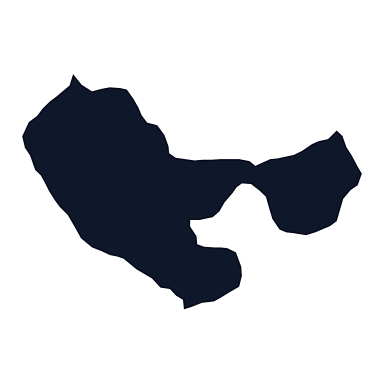 outline of Agia Trias, Cyprus
{"feature_id": "46923920B13972666362047", "entity_name": "Agia Trias", "entity_type": "district", "adm_level": 2, "iso_a3": "CYP", "parent_name": "Cyprus", "parent_adm1": "", "projection": "equal_earth", "projection_center": [34.248, 35.534], "detail": "fine", "context": "isolated", "style": "filled", "palette": "ink", "viewbox_px": 384, "rotation_deg": 0, "n_neighbors": 0, "source": "geoboundaries", "source_scale": "gbopen_adm2", "svg_char_len": 1438}
<svg xmlns="http://www.w3.org/2000/svg" viewBox="0 0 384 384"><path d="M77.0,80.2L73.4,75.7L70.2,86.0L61.9,92.9L56.2,97.7L50.5,101.9L43.4,108.8L37.7,116.4L29.4,122.6L23.0,136.4L25.6,147.4L30.7,155.0L35.8,169.5L41.5,175.0L46.0,183.3L49.8,190.9L55.5,199.9L60.0,206.1L68.3,214.4L74.7,225.4L81.7,237.9L92.5,246.8L101.4,250.3L110.4,254.4L117.4,255.8L123.8,257.9L137.2,268.9L152.5,277.9L160.8,286.9L170.3,288.3L176.7,295.2L183.7,299.3L184.6,308.3L191.4,306.2L201.6,302.1L213.7,300.7L220.1,297.2L229.0,291.7L238.5,286.2L241.1,275.8L240.5,266.9L235.4,253.0L227.1,248.9L220.7,248.2L214.3,248.2L204.1,247.5L196.5,244.8L195.8,236.5L189.4,226.8L189.4,219.2L199.6,219.2L206.0,217.8L212.4,216.5L218.8,210.9L223.9,202.0L232.2,192.3L236.0,186.8L241.7,182.6L251.3,183.3L260.2,190.2L266.6,196.4L269.1,205.4L273.0,218.5L280.0,228.9L286.4,231.6L292.7,232.3L306.1,234.4L315.1,231.6L321.4,228.9L329.7,225.4L336.1,220.6L339.3,209.6L342.5,198.5L350.1,189.5L357.1,184.7L361.0,173.7L356.5,166.1L351.4,156.4L345.7,147.4L341.8,136.4L336.7,131.6L328.4,139.8L318.9,141.9L312.5,144.7L302.3,151.6L294.0,155.7L277.4,159.2L270.4,159.9L255.1,166.8L249.4,161.9L239.2,159.9L232.8,159.9L220.1,159.9L211.1,160.5L202.8,160.5L194.5,161.2L175.4,158.5L168.4,153.6L167.8,146.7L163.9,135.7L156.9,126.0L146.7,123.3L141.0,115.7L137.8,108.1L132.7,99.1L126.3,90.2L120.0,88.8L109.8,88.1L102.1,89.5L91.9,92.2L81.1,85.3L77.0,80.2Z" fill="#0f172a" stroke="#020617" stroke-width="1.5"/></svg>